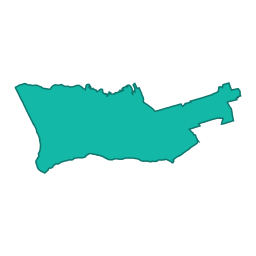 the district of Parava, Bacau, Romania
{"feature_id": "2599482B9690347747370", "entity_name": "Parava", "entity_type": "district", "adm_level": 2, "iso_a3": "ROU", "parent_name": "Romania", "parent_adm1": "Bacau", "projection": "equal_earth", "projection_center": [26.963, 46.307], "detail": "fine", "context": "isolated", "style": "filled", "palette": "teal", "viewbox_px": 256, "rotation_deg": 0, "n_neighbors": 0, "source": "geoboundaries", "source_scale": "gbopen_adm2", "svg_char_len": 5532}
<svg xmlns="http://www.w3.org/2000/svg" viewBox="0 0 256 256"><path d="M233.5,120.7L233.2,119.8L233.0,118.1L232.5,116.2L231.8,111.3L231.3,108.7L230.3,107.6L229.1,105.7L228.4,104.3L227.4,102.9L227.3,102.0L236.9,99.7L236.3,98.1L238.2,97.6L237.8,96.8L240.6,95.9L240.2,94.9L240.1,93.9L240.1,92.1L239.9,91.1L238.2,88.7L231.4,90.0L228.9,83.0L223.0,84.7L222.4,87.4L222.1,87.0L219.9,86.8L218.8,87.2L218.7,87.4L218.9,87.7L218.7,88.6L218.2,91.7L214.1,93.6L212.4,94.2L211.9,94.8L211.6,95.1L210.8,95.0L210.6,95.1L208.4,95.8L202.5,97.7L190.7,101.1L190.8,101.2L190.3,101.4L190.8,102.2L185.4,103.5L185.7,103.8L182.5,106.4L181.0,104.0L177.9,104.8L177.7,105.0L172.9,106.2L171.4,106.7L167.8,107.8L166.5,108.0L164.6,108.7L155.1,111.4L153.4,109.5L151.8,108.1L147.0,104.5L145.9,103.9L144.3,102.7L143.1,101.9L143.5,100.8L143.5,100.4L143.5,99.9L143.4,99.6L143.4,97.9L142.9,97.0L142.2,95.3L141.8,94.6L141.6,93.7L139.4,88.4L139.2,87.9L137.1,88.4L134.8,83.5L133.8,84.0L133.6,84.5L133.2,84.9L133.4,85.4L134.9,88.5L134.7,89.8L134.9,91.7L134.4,91.3L133.8,91.3L133.1,91.9L132.8,92.2L132.7,92.7L132.8,94.3L132.5,94.1L132.2,93.5L132.0,93.0L132.1,92.4L132.5,90.9L132.4,90.2L132.0,89.4L132.0,88.9L131.5,88.1L131.4,87.3L131.1,87.1L130.8,86.9L130.4,86.2L129.8,85.4L128.9,85.2L128.0,85.8L127.5,86.4L127.6,85.4L126.8,85.7L125.9,86.6L125.4,86.7L124.3,87.6L123.8,87.4L123.4,87.5L122.9,87.9L122.8,88.2L122.2,88.5L122.3,88.7L122.7,89.5L123.5,90.0L123.5,90.3L123.2,90.4L123.2,90.2L122.7,89.9L122.3,89.7L122.1,89.7L121.8,90.3L121.9,90.8L121.5,91.0L121.1,91.1L121.1,90.9L120.3,90.3L120.0,90.2L119.9,90.3L119.9,90.7L120.4,91.5L120.1,91.8L119.1,92.1L118.8,91.9L118.8,92.2L118.1,92.3L117.3,92.7L116.2,92.7L116.0,93.0L115.2,92.8L114.9,93.5L114.2,93.8L114.0,94.2L113.5,94.1L111.9,94.1L111.4,94.1L110.8,94.0L110.7,93.8L110.8,92.9L110.4,92.8L110.4,93.1L110.6,93.4L110.6,93.9L109.6,93.9L109.4,93.8L109.4,93.6L109.6,93.3L109.5,92.9L109.6,92.3L109.3,92.0L109.1,92.0L108.8,93.5L108.4,93.6L108.2,94.0L107.9,94.1L107.5,95.9L107.4,96.2L106.9,96.1L107.0,94.6L106.9,94.2L106.5,94.0L106.3,94.1L105.7,93.9L105.4,93.7L105.3,94.0L105.1,94.2L104.3,93.7L104.1,93.7L103.6,93.1L102.5,92.7L102.4,92.5L102.6,92.3L102.8,91.8L102.8,91.4L102.5,91.0L102.6,90.2L102.5,89.5L101.0,89.1L100.4,89.5L99.7,89.8L99.4,90.4L98.7,90.8L97.9,91.2L97.4,91.2L97.3,91.6L96.7,91.5L96.6,91.2L96.3,90.8L96.2,90.2L94.4,89.6L93.5,88.9L93.3,88.4L93.0,88.4L92.2,88.9L91.6,89.0L90.8,89.0L88.8,87.0L89.2,86.4L90.8,87.8L90.9,87.5L90.6,87.0L90.5,86.5L89.7,85.4L89.5,84.9L89.2,84.6L88.2,84.3L87.4,84.5L86.4,85.0L86.2,85.3L86.0,86.9L85.2,89.7L82.8,88.1L82.1,87.3L81.7,87.0L79.1,85.4L77.9,85.3L76.2,85.6L75.8,85.8L74.3,86.4L72.8,86.8L70.9,87.0L70.2,86.9L67.5,86.2L66.0,86.4L65.2,86.4L63.6,85.8L62.8,85.4L61.8,84.6L61.4,84.6L61.0,84.6L60.0,85.0L58.0,85.3L56.2,84.9L55.2,84.8L54.6,85.0L53.8,85.3L51.8,86.8L51.0,87.8L50.7,88.6L50.3,89.0L49.7,89.2L49.0,89.2L47.4,88.9L46.5,88.9L46.1,88.7L44.9,88.5L43.6,88.5L43.0,88.3L41.0,86.8L39.7,86.5L36.7,85.2L33.9,85.3L32.6,85.5L32.0,85.5L30.5,84.9L28.8,85.0L27.5,84.7L25.8,83.8L25.2,83.6L24.0,83.7L22.3,84.4L19.8,85.0L19.0,85.4L17.0,86.5L15.4,87.3L15.6,88.2L18.2,93.3L18.5,93.6L18.8,94.5L20.9,98.9L22.6,102.0L23.1,102.8L24.2,105.5L24.9,106.8L27.2,111.7L28.3,113.8L29.3,116.0L30.8,118.7L30.8,119.0L31.3,120.0L31.6,120.2L31.9,121.1L32.1,121.3L32.4,122.1L32.9,122.9L33.0,123.4L33.4,123.7L33.7,124.2L33.5,124.4L34.7,125.9L35.3,127.3L36.1,128.8L36.4,130.0L36.9,132.3L37.4,133.3L37.7,133.5L39.6,138.3L39.7,138.6L39.6,139.0L39.7,140.6L40.1,142.1L40.1,142.7L40.4,143.4L40.5,146.4L40.3,147.7L40.3,148.6L39.8,150.9L39.5,151.5L39.3,152.1L38.5,153.3L38.4,153.7L38.8,155.1L39.0,155.8L38.3,157.2L37.9,157.6L37.4,158.3L37.1,159.3L36.1,160.6L36.0,161.2L35.9,162.5L36.8,164.9L37.4,167.2L37.9,168.4L38.5,169.2L39.1,169.8L41.2,171.3L44.8,173.0L45.4,172.6L46.7,171.2L47.8,170.4L48.1,170.1L48.6,168.6L49.6,168.1L50.5,168.1L51.8,167.8L52.1,167.6L52.7,167.1L53.2,166.1L53.6,165.6L54.3,164.9L55.2,164.3L56.7,163.8L57.4,164.1L58.0,163.9L59.1,163.5L61.2,162.1L64.5,161.1L67.3,160.5L69.0,159.9L69.8,159.8L71.2,160.0L72.6,159.7L73.2,159.4L74.1,158.4L75.6,158.0L78.6,157.7L80.9,157.8L82.6,157.7L84.4,157.3L85.6,156.7L86.0,155.9L86.7,155.2L89.0,153.8L89.7,153.6L91.4,153.6L92.1,153.8L92.8,154.0L93.0,154.2L94.3,154.3L95.1,154.3L96.1,154.7L97.0,154.8L97.1,155.1L98.8,155.2L99.5,155.3L100.5,155.8L103.0,156.6L104.2,157.4L105.1,157.7L105.4,158.0L106.2,158.4L106.1,158.5L106.3,158.6L106.5,158.5L107.9,159.2L109.1,159.7L112.2,159.8L114.3,159.0L116.5,158.7L118.3,159.1L120.3,159.2L122.0,159.2L122.6,159.1L124.0,158.6L125.0,158.1L128.4,158.0L130.7,158.1L132.9,158.0L135.3,158.5L137.3,158.8L138.7,159.2L141.0,160.7L143.1,161.2L145.5,161.0L148.0,161.3L150.6,161.8L152.2,161.3L154.7,161.4L156.6,161.3L157.1,161.1L157.7,160.4L158.8,160.0L159.5,159.9L161.5,160.1L163.0,159.8L164.1,159.9L165.0,159.4L165.4,159.3L167.0,159.6L170.8,161.6L171.7,162.4L172.8,162.8L173.4,162.0L173.8,161.0L173.7,160.7L173.1,160.1L173.2,159.8L173.4,159.6L177.0,156.9L177.7,156.6L178.6,155.8L179.1,156.1L181.2,154.7L182.5,153.8L184.2,152.4L190.0,148.4L190.1,147.9L195.7,144.2L196.7,143.5L197.3,142.9L197.5,142.4L197.5,141.7L197.4,141.1L197.8,140.9L198.5,141.3L198.4,141.1L197.6,140.3L197.3,139.7L196.8,138.5L195.9,136.8L195.8,136.0L195.3,135.1L194.9,134.7L193.7,134.8L192.9,132.8L191.7,132.0L190.6,130.8L190.0,129.8L189.5,129.3L189.3,129.4L189.2,129.2L189.3,129.2L200.0,125.9L198.6,123.8L203.4,122.2L203.5,122.3L211.5,119.7L217.5,118.1L222.9,118.3L223.2,118.8L222.4,120.6L221.5,124.1L223.6,123.8L233.5,120.7Z" fill="#14b8a6" stroke="#0f766e" stroke-width="1.5"/></svg>